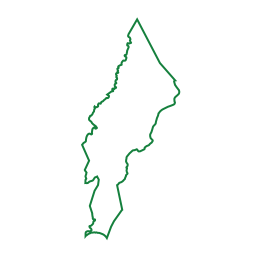 Fond Estate, Praslin, Saint Lucia, rotated 83°
{"feature_id": "8701671B74250012316808", "entity_name": "Fond Estate", "entity_type": "district", "adm_level": 2, "iso_a3": "LCA", "parent_name": "Saint Lucia", "parent_adm1": "Praslin", "projection": "robinson", "projection_center": [-60.918, 13.843], "detail": "fine", "context": "isolated", "style": "outline", "palette": "green", "viewbox_px": 256, "rotation_deg": 83, "n_neighbors": 0, "source": "geoboundaries", "source_scale": "gbopen_adm2", "svg_char_len": 5859}
<svg xmlns="http://www.w3.org/2000/svg" viewBox="0 0 256 256"><g transform="rotate(83 128 128)"><path d="M177.4,177.0L177.4,176.8L177.7,175.7L177.7,174.7L177.4,174.1L176.9,173.4L176.6,172.9L176.4,172.3L176.1,170.6L175.9,169.6L175.6,169.1L175.2,168.7L173.5,167.3L173.1,166.9L172.9,166.4L172.7,165.1L172.4,164.6L175.7,163.3L181.0,164.7L186.2,168.8L200.7,175.4L208.4,173.9L208.8,174.0L211.3,174.0L212.4,173.8L213.1,174.0L214.3,173.7L214.7,173.0L214.6,172.2L214.9,171.9L215.6,172.0L216.1,172.5L216.2,173.2L216.7,173.7L218.4,174.2L218.8,174.4L220.2,176.1L220.6,177.1L220.7,177.5L220.6,177.8L220.8,178.2L221.2,178.3L221.7,178.2L222.5,177.8L223.2,177.1L224.0,176.7L224.9,176.6L225.3,176.9L225.7,177.6L225.9,178.8L225.5,180.2L225.6,181.2L226.0,182.2L226.5,182.6L227.2,182.9L230.1,183.3L229.9,183.1L229.4,182.1L228.7,180.9L228.4,180.3L228.0,179.3L227.8,178.3L227.5,177.9L227.4,177.5L227.5,176.3L227.5,175.0L227.5,174.1L227.5,173.8L227.9,173.1L227.8,172.6L227.8,172.0L227.9,171.7L228.2,171.3L228.4,170.7L228.6,169.4L228.9,168.7L229.7,167.2L230.3,166.1L231.0,165.1L231.9,164.2L233.0,163.3L233.6,162.9L233.9,162.8L234.7,162.4L223.9,156.8L218.8,153.3L208.7,144.1L208.5,143.7L183.4,145.8L183.2,145.4L182.7,144.6L181.9,143.9L181.4,143.3L181.1,142.1L181.0,141.5L180.4,140.1L180.0,139.6L179.8,139.2L178.9,138.3L178.4,137.5L178.0,137.2L177.1,136.9L175.5,135.9L174.8,135.8L174.6,135.6L174.4,135.5L174.1,135.1L173.6,134.4L173.4,134.2L173.2,134.1L172.9,134.0L172.6,134.1L171.6,134.5L170.3,134.6L169.9,134.6L169.3,134.4L168.3,134.0L167.8,133.9L167.3,134.4L167.0,134.4L166.5,134.1L166.1,133.5L165.5,133.1L164.6,132.8L163.8,132.8L163.1,133.2L162.1,133.7L160.9,134.0L159.4,133.7L158.0,133.2L157.2,133.1L156.4,132.7L155.9,132.2L153.4,129.6L151.1,126.4L150.8,125.8L150.8,125.2L150.8,124.7L150.8,124.1L150.2,121.9L150.7,121.4L151.5,121.1L152.2,120.6L152.5,120.3L152.6,119.6L152.6,118.8L151.8,116.4L151.1,114.4L150.6,114.0L149.7,113.9L149.1,113.3L148.8,112.8L148.2,111.7L147.7,109.7L147.5,109.3L146.5,108.2L145.9,107.3L145.5,106.5L144.8,105.8L143.9,105.1L143.6,105.0L143.2,105.0L142.5,105.5L140.9,106.7L140.6,106.8L138.9,107.0L137.9,106.9L137.3,106.8L136.2,106.2L135.6,105.7L134.8,105.2L132.2,104.0L130.0,103.1L129.4,102.6L129.0,102.3L128.0,101.0L127.0,100.0L126.2,99.8L125.6,99.6L124.4,99.2L123.6,98.8L121.8,98.1L119.2,96.6L118.0,96.2L117.2,95.9L117.0,95.6L115.7,94.4L115.2,93.8L114.4,92.6L114.0,91.9L113.7,91.2L112.7,88.4L111.8,85.8L111.2,83.1L110.5,80.4L110.3,79.8L109.9,79.1L109.7,78.9L109.3,78.7L108.8,78.4L108.4,78.3L108.1,78.3L107.6,78.6L107.4,78.6L105.2,78.5L104.6,78.4L104.2,78.2L103.6,77.8L103.0,77.2L101.8,75.4L100.7,73.9L100.0,73.2L99.2,72.9L98.4,72.7L97.6,72.7L96.6,72.9L93.2,74.9L92.0,75.5L91.1,76.0L90.1,76.2L87.5,76.6L87.1,76.4L86.8,76.2L86.5,75.8L86.5,75.4L67.4,88.4L21.3,105.7L34.8,115.9L35.1,116.1L35.8,116.3L36.2,116.6L36.8,116.7L37.2,116.5L37.5,116.4L37.8,116.1L38.1,115.7L38.5,115.2L39.4,114.9L40.2,114.8L40.3,114.9L41.0,115.2L41.4,115.4L41.8,115.3L42.9,115.0L43.7,114.6L43.9,114.7L44.0,115.0L44.1,115.5L44.1,116.1L44.3,116.5L44.3,116.8L44.1,117.2L43.8,117.7L43.8,117.9L43.8,118.0L44.6,118.5L45.5,118.7L45.8,118.7L46.0,118.6L46.6,117.8L46.9,117.6L47.2,117.5L47.8,117.5L48.3,117.7L48.6,117.9L51.2,119.4L51.8,119.6L52.3,119.6L53.0,119.9L53.5,120.1L54.1,120.2L54.8,120.6L55.1,120.9L55.4,121.3L55.2,121.8L55.2,122.0L55.3,122.3L55.6,122.5L56.0,122.5L56.2,122.4L56.5,122.2L57.5,121.1L58.1,121.0L58.9,121.3L60.3,122.0L60.6,122.3L60.8,122.9L60.7,123.6L60.5,124.0L60.6,124.7L60.9,125.0L61.8,125.9L62.6,126.4L62.9,126.5L63.5,126.6L64.4,126.6L64.5,126.7L64.6,127.5L64.8,128.3L65.3,129.5L65.4,129.8L65.9,130.2L66.2,130.3L66.3,130.3L66.7,130.0L66.8,130.0L67.2,130.0L67.4,130.2L67.6,130.9L67.9,131.3L68.3,131.3L68.7,131.3L69.6,130.9L69.8,130.9L70.3,131.4L70.5,131.5L70.8,131.4L71.3,131.0L71.7,130.9L71.9,131.0L72.1,131.3L72.1,131.8L72.0,132.3L72.4,133.0L72.7,133.2L72.9,133.3L73.3,133.3L73.6,133.3L74.3,133.1L74.5,132.8L74.8,132.8L75.3,133.0L75.8,133.4L76.2,133.4L76.5,133.3L76.8,132.9L77.1,132.9L77.4,132.8L77.7,132.8L78.4,133.0L78.6,133.2L79.0,134.2L79.4,134.5L80.1,134.7L80.4,134.8L81.1,134.5L81.4,134.4L81.7,134.2L81.9,134.2L82.1,134.2L82.4,134.7L82.3,135.2L82.8,135.4L83.3,135.9L83.9,136.0L84.7,136.0L85.3,135.9L85.5,135.5L86.0,135.1L86.2,134.9L86.6,135.0L87.0,136.3L87.3,136.4L87.6,136.8L87.5,137.0L87.1,137.2L87.1,138.5L87.4,138.8L87.8,138.9L88.2,138.9L88.6,138.7L89.2,138.2L89.6,138.3L89.7,138.6L89.7,139.9L89.8,140.1L92.3,144.6L92.9,144.0L93.3,143.5L93.6,143.1L93.9,143.0L94.2,143.0L94.9,143.3L95.2,143.5L95.5,143.8L95.7,144.1L95.8,144.5L95.6,145.6L95.7,146.0L95.8,146.2L96.4,146.7L97.3,148.3L98.3,149.5L98.7,150.3L98.7,150.8L99.0,151.3L99.6,151.7L100.3,152.0L100.5,152.2L100.5,152.5L100.1,153.4L100.0,153.8L100.1,154.1L100.4,154.4L101.4,155.0L101.8,155.0L102.1,154.9L102.5,154.9L102.9,155.1L103.2,155.6L103.5,156.4L103.4,156.6L103.5,157.1L103.5,157.5L103.3,157.9L103.2,158.1L102.6,158.5L103.0,158.8L103.5,158.8L104.4,158.5L104.7,158.5L105.2,159.0L105.9,159.4L107.3,159.7L107.9,160.2L108.6,160.9L109.9,161.6L111.1,162.8L111.3,163.3L111.2,163.7L111.3,164.0L112.2,164.5L113.1,165.3L114.3,165.6L114.8,165.6L115.3,165.5L116.2,164.8L117.2,163.8L117.9,163.4L118.8,163.1L119.4,162.6L120.3,161.9L121.4,160.7L122.2,159.9L122.4,159.7L122.6,159.7L123.2,159.4L123.5,159.1L123.9,158.9L124.3,159.0L124.6,159.7L124.7,160.0L124.6,160.5L124.0,160.8L123.5,160.9L123.3,161.4L123.5,162.0L124.0,162.7L124.6,163.3L125.5,163.7L128.2,164.4L129.0,164.3L129.7,164.6L129.9,165.1L129.8,165.5L129.3,166.1L128.9,167.0L129.0,167.8L129.5,168.6L130.5,169.5L132.1,170.4L134.3,171.1L135.9,171.4L136.3,171.7L136.9,172.7L137.4,173.9L139.1,175.6L155.7,170.6L164.4,176.0L165.1,175.8L165.7,175.4L166.8,174.8L167.3,174.6L167.8,174.9L168.1,175.0L168.7,175.1L169.1,175.3L170.0,175.8L171.0,176.1L173.3,175.6L174.1,176.4L175.4,176.7L177.0,176.9L177.4,177.0Z" fill="none" stroke="#15803d" stroke-width="2"/></g></svg>